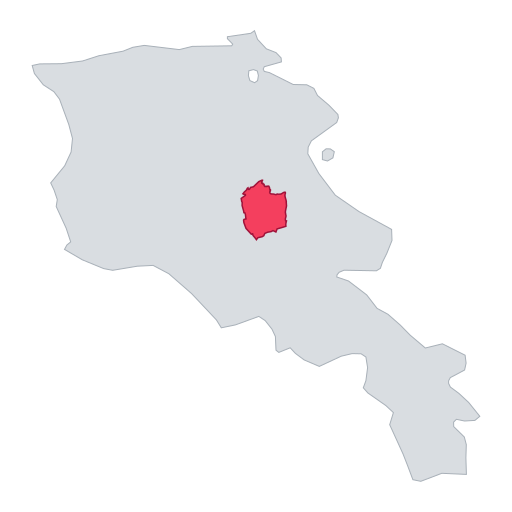 location of Gavar, Gegharkunik, Armenia
{"feature_id": "60910142B38789049969589", "entity_name": "Gavar", "entity_type": "district", "adm_level": 2, "iso_a3": "ARM", "parent_name": "Armenia", "parent_adm1": "Gegharkunik", "projection": "mercator", "projection_center": [45.138, 40.338], "detail": "fine", "context": "in_parent", "style": "filled", "palette": "rose", "viewbox_px": 512, "rotation_deg": 0, "n_neighbors": 0, "source": "geoboundaries", "source_scale": "gbopen_adm2", "svg_char_len": 5700}
<svg xmlns="http://www.w3.org/2000/svg" viewBox="0 0 512 512"><path d="M221.3,327.8L216.4,319.9L191.7,293.7L168.8,273.7L153.1,265.4L137.3,266.2L112.7,270.3L103.7,268.6L82.3,259.8L64.5,249.4L66.9,245.0L70.7,241.9L66.2,228.3L56.2,206.5L57.3,199.6L54.1,190.1L50.7,182.9L64.7,165.8L71.1,152.0L72.5,138.5L68.8,124.5L59.5,99.1L53.9,91.7L43.3,84.8L34.4,73.5L32.2,65.5L39.7,63.9L61.4,63.7L82.5,61.0L99.0,55.7L123.0,51.2L132.8,47.3L144.3,45.4L179.3,49.6L192.3,46.4L231.7,45.8L232.7,44.1L227.4,38.7L227.4,36.7L250.8,33.3L254.5,30.7L257.5,39.3L266.3,48.8L276.0,52.6L281.1,57.9L281.4,61.9L264.3,66.7L263.2,69.1L264.3,71.4L269.4,72.6L293.2,84.5L306.8,84.8L313.9,88.4L317.5,95.5L328.9,105.2L337.9,114.5L338.4,117.8L336.7,122.5L311.4,140.8L308.2,147.1L307.8,153.8L318.9,173.6L335.3,195.2L359.0,211.6L391.6,229.4L392.0,240.4L386.8,253.4L382.4,262.3L380.4,268.3L376.4,270.8L344.0,270.2L339.1,272.3L337.0,274.9L336.8,277.0L348.5,281.0L366.7,294.9L377.1,308.4L388.0,314.3L400.3,325.1L410.1,335.1L425.3,348.0L442.4,343.8L465.1,355.2L466.1,363.1L464.6,370.0L450.3,377.6L448.6,380.8L448.6,383.4L450.4,387.1L458.8,393.3L468.7,402.5L479.8,416.3L474.9,420.4L464.5,421.0L456.4,419.3L453.6,422.1L453.7,426.6L464.3,437.0L466.3,444.6L465.9,457.8L466.4,474.4L441.8,473.3L420.8,481.3L412.9,479.7L407.6,465.6L403.1,454.1L389.7,424.7L393.4,412.6L385.9,405.6L367.9,393.0L363.3,387.8L365.9,380.7L367.6,367.6L365.9,357.0L361.1,353.8L352.1,353.6L341.2,356.2L319.3,366.4L304.1,359.9L295.3,353.3L290.2,347.8L278.8,352.4L276.0,350.2L275.4,336.5L272.0,329.2L265.2,320.6L258.8,316.4L235.4,324.9L221.3,327.8ZM257.6,80.6L258.4,75.5L257.3,71.0L253.5,69.6L248.8,70.8L248.4,75.8L249.9,80.6L254.6,82.7L257.6,80.6ZM332.9,157.9L327.5,161.0L322.4,159.6L322.4,151.8L326.1,148.8L330.3,148.9L334.3,151.7L332.9,157.9Z" fill="#d9dde1" stroke="#a8b0b8" stroke-width="1"/><path d="M242.1,205.5L243.6,210.9L243.9,212.7L244.8,212.8L245.4,214.4L245.8,217.9L246.0,218.9L244.0,219.4L243.6,220.1L243.6,220.4L243.8,222.1L243.9,222.7L246.0,228.4L251.3,234.2L252.6,233.8L253.0,235.4L255.5,238.4L256.4,239.7L257.9,237.7L262.2,236.7L263.8,235.7L264.8,233.4L267.7,232.2L271.2,231.6L273.0,230.6L275.9,232.0L277.1,228.9L282.0,227.5L285.9,226.3L285.9,225.9L285.8,225.2L285.8,224.8L285.8,224.5L285.8,224.3L285.8,224.0L285.9,223.7L285.9,223.4L285.9,223.1L285.9,222.9L286.0,222.8L286.1,222.6L286.1,222.3L286.2,221.8L286.2,221.6L286.3,221.3L286.3,221.2L286.5,221.0L286.5,220.9L286.4,220.9L286.0,220.9L285.9,220.9L285.7,220.9L285.6,220.7L285.5,220.3L285.4,219.9L285.4,219.6L285.4,219.3L285.4,218.9L285.5,218.3L285.5,218.2L285.6,217.8L285.7,217.5L285.7,217.4L285.8,217.2L285.9,216.8L285.9,216.7L285.9,216.4L286.0,216.2L286.0,215.9L286.0,215.6L285.9,215.3L285.9,215.2L285.8,214.8L285.7,214.7L285.7,214.3L285.7,214.1L285.6,213.8L285.6,213.5L285.6,213.4L285.5,213.1L285.5,212.9L285.4,212.8L285.4,212.6L285.4,212.4L285.4,212.2L285.4,211.9L285.5,211.0L285.5,210.9L285.5,210.7L285.6,210.4L285.7,210.0L285.7,209.8L285.8,209.6L285.8,209.4L285.8,209.2L285.9,208.9L286.0,208.5L286.0,208.1L286.2,207.5L286.3,207.2L286.3,206.9L286.4,206.6L286.4,206.4L286.4,206.2L286.5,206.0L286.5,205.8L286.5,205.6L286.5,205.2L286.4,204.8L286.4,204.7L286.4,204.2L286.4,203.8L286.3,203.2L286.3,202.7L286.2,202.3L286.2,202.1L286.3,202.0L286.3,201.5L286.3,201.3L286.2,201.1L286.2,200.9L286.1,200.6L286.1,200.4L286.0,200.1L285.9,199.6L285.8,199.3L285.7,199.1L285.7,198.9L285.6,198.7L285.5,198.3L285.4,198.0L285.4,197.8L285.4,197.7L285.3,197.4L285.2,197.0L285.1,196.9L285.1,196.7L285.0,196.3L285.0,196.1L285.0,195.9L284.9,195.7L284.9,195.4L285.0,195.2L285.0,194.9L285.0,194.6L285.1,194.2L285.2,193.8L285.3,193.6L285.3,193.3L285.4,193.2L285.4,192.9L285.4,192.6L285.3,192.4L285.2,192.2L284.9,192.2L284.6,192.2L284.2,192.3L283.8,192.4L283.6,192.5L283.4,192.6L283.1,192.8L282.7,193.0L282.4,193.2L282.3,193.3L281.9,193.5L281.5,193.8L281.3,193.8L281.2,193.9L281.0,194.0L280.5,194.1L280.3,194.1L279.9,194.1L279.6,194.2L279.3,194.2L278.2,194.2L277.7,194.2L277.4,194.0L277.2,194.0L276.9,194.1L276.7,194.3L276.4,194.5L276.1,194.6L275.9,194.6L275.7,194.6L275.4,194.6L275.2,194.5L274.5,194.3L274.1,194.2L273.6,194.1L273.1,194.0L272.4,194.0L271.7,194.0L271.3,193.9L271.2,193.9L270.9,193.8L270.7,193.7L270.4,193.6L270.2,193.3L270.1,193.2L269.8,192.9L269.7,192.8L269.7,192.7L269.9,192.3L269.9,192.2L269.9,191.8L269.8,191.6L269.8,191.4L269.8,191.2L270.0,191.2L270.3,191.1L270.4,190.9L270.4,190.6L270.4,190.4L270.4,190.2L270.5,190.0L270.5,189.9L270.4,189.8L270.3,189.7L270.2,189.6L269.9,189.5L269.9,189.4L269.8,189.2L269.7,189.0L269.7,188.8L269.6,188.5L269.6,188.4L269.6,188.2L269.5,187.9L269.5,187.7L269.4,187.4L269.3,187.2L269.2,187.1L269.1,186.7L268.9,186.4L268.8,186.2L268.7,186.2L268.4,186.1L268.2,186.1L267.9,186.1L267.7,186.1L267.5,186.3L267.2,186.4L267.0,186.5L266.9,186.5L266.7,186.5L266.7,186.4L266.4,186.3L266.3,186.2L266.2,186.2L265.9,186.3L265.6,186.3L265.4,186.5L265.0,186.6L264.9,186.5L264.9,186.4L264.8,186.2L264.7,186.1L264.5,185.9L264.4,185.8L264.3,185.7L264.2,185.7L264.1,185.4L264.1,185.0L264.1,184.9L264.1,184.5L264.1,184.4L263.9,184.2L263.7,184.2L263.4,184.1L263.2,184.1L263.2,183.9L263.1,183.7L262.9,183.3L262.7,183.2L262.7,183.3L262.2,183.4L261.9,183.2L262.0,183.0L261.9,182.9L261.9,182.7L261.8,182.3L261.8,182.0L261.7,182.0L261.7,181.9L261.8,181.8L261.8,181.7L262.0,181.5L262.0,181.3L262.0,181.1L262.2,180.9L262.4,180.7L262.5,180.6L262.5,180.4L262.5,180.2L262.4,180.2L262.4,180.3L262.2,180.4L262.0,180.2L261.9,180.2L258.8,181.6L253.5,186.7L252.1,187.1L250.5,187.4L250.3,188.0L249.3,189.4L248.4,189.4L248.0,187.8L247.3,188.3L246.4,190.1L244.3,192.0L242.9,193.8L243.8,194.3L245.4,194.5L245.4,195.4L241.2,198.4L241.7,201.5L242.2,202.4L242.1,205.5Z" fill="#f43f5e" stroke="#9f1239" stroke-width="1.5"/></svg>